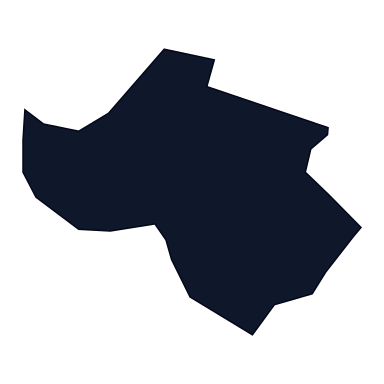 outline of Songpa-gu, Seoul, South Korea
{"feature_id": "91817680B10131618900015", "entity_name": "Songpa-gu", "entity_type": "district", "adm_level": 2, "iso_a3": "KOR", "parent_name": "South Korea", "parent_adm1": "Seoul", "projection": "robinson", "projection_center": [127.12, 37.494], "detail": "fine", "context": "isolated", "style": "filled", "palette": "ink", "viewbox_px": 384, "rotation_deg": 0, "n_neighbors": 0, "source": "geoboundaries", "source_scale": "gbopen_adm2", "svg_char_len": 458}
<svg xmlns="http://www.w3.org/2000/svg" viewBox="0 0 384 384"><path d="M328.1,127.7L206.8,86.6L214.3,59.9L164.2,49.2L108.5,113.3L78.7,131.2L43.5,124.0L24.9,109.8L23.0,140.1L23.0,172.2L36.0,197.2L78.7,229.3L110.3,231.0L154.9,223.9L166.0,240.0L171.6,259.6L190.1,297.0L252.4,334.8L274.4,304.7L312.2,293.8L325.7,272.1L353.5,236.4L361.0,227.5L329.4,195.4L305.3,172.2L310.8,149.0L327.5,134.7L328.1,127.7Z" fill="#0f172a" stroke="#020617" stroke-width="1.5"/></svg>